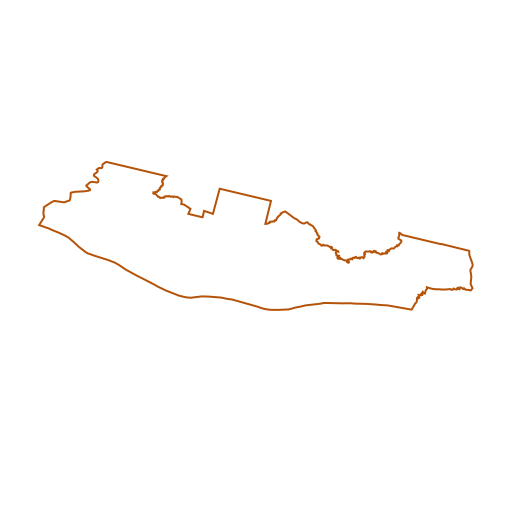 Wan Yai, Mukdahan, Thailand, rotated 104°
{"feature_id": "78962969B15109036384984", "entity_name": "Wan Yai", "entity_type": "district", "adm_level": 2, "iso_a3": "THA", "parent_name": "Thailand", "parent_adm1": "Mukdahan", "projection": "equal_earth", "projection_center": [104.712, 16.728], "detail": "fine", "context": "isolated", "style": "outline", "palette": "amber", "viewbox_px": 512, "rotation_deg": 104, "n_neighbors": 0, "source": "geoboundaries", "source_scale": "gbopen_adm2", "svg_char_len": 6080}
<svg xmlns="http://www.w3.org/2000/svg" viewBox="0 0 512 512"><g transform="rotate(104 256 256)"><path d="M278.5,473.9L279.4,463.6L280.1,460.3L281.0,453.7L282.2,447.2L283.5,442.3L286.7,436.0L290.1,429.8L293.5,422.1L294.1,419.9L294.8,412.9L295.7,398.4L296.6,391.3L298.1,386.1L300.8,378.7L303.6,368.1L307.9,349.5L309.5,343.7L311.3,334.9L313.1,321.0L313.1,317.0L313.0,313.5L312.3,309.2L308.3,298.8L306.8,291.8L304.8,279.9L304.5,272.9L304.0,269.1L304.8,242.2L305.2,238.5L305.3,234.7L305.0,231.0L304.4,227.4L302.7,220.7L299.9,211.3L296.4,205.1L294.3,200.5L291.9,195.9L286.8,182.2L285.1,178.7L281.2,161.5L279.0,152.9L278.2,148.1L275.9,138.0L274.2,128.6L273.4,123.2L272.1,116.4L270.4,92.0L263.4,90.0L262.0,89.0L259.4,89.2L258.6,89.6L257.8,89.6L257.6,89.4L257.8,89.0L257.8,88.4L257.4,88.2L257.1,88.4L257.2,87.6L256.9,87.4L254.4,88.8L254.3,87.8L254.0,87.3L254.2,86.4L253.7,86.1L253.8,85.5L253.7,85.3L253.3,85.3L252.9,86.2L252.5,86.4L252.3,86.2L252.5,85.8L252.3,85.5L251.6,85.9L250.4,85.5L251.0,84.7L251.6,84.4L251.7,83.2L251.5,82.9L250.3,83.1L248.0,82.9L246.5,82.1L245.0,82.6L245.0,81.9L245.2,79.2L245.2,76.5L244.8,73.7L244.1,70.8L243.5,67.3L242.4,63.1L241.1,59.5L241.1,58.9L241.5,58.1L241.5,57.7L240.9,56.9L239.8,56.4L240.2,54.6L240.0,53.6L240.0,53.2L239.8,52.9L238.8,53.0L238.7,52.2L239.0,51.0L239.0,50.5L238.5,50.5L237.7,51.6L237.0,49.9L237.1,48.8L237.7,47.7L237.9,46.5L237.8,46.1L237.1,46.1L237.9,44.6L237.8,43.2L237.4,41.0L237.6,39.7L237.4,39.3L235.0,38.1L234.7,38.2L232.3,40.3L231.1,41.0L223.8,42.1L218.2,44.5L216.9,44.4L213.8,43.5L212.8,43.5L211.3,44.0L203.7,49.0L201.8,49.8L199.7,50.2L199.4,51.0L199.5,79.2L199.8,79.4L200.2,118.8L200.2,119.2L199.1,121.2L198.9,122.6L202.2,121.9L203.3,122.3L204.3,122.3L204.7,122.0L205.0,121.4L205.8,118.8L206.7,118.5L208.0,118.7L209.9,119.9L211.2,120.1L211.3,120.3L211.4,121.6L212.4,121.3L213.0,122.6L213.3,123.0L215.3,124.0L215.6,124.5L215.7,126.2L216.0,126.7L217.7,128.1L219.1,128.2L219.1,128.8L218.4,129.4L218.5,129.8L220.0,129.8L220.4,130.7L220.8,130.9L221.1,130.6L221.0,129.4L221.3,129.3L221.7,129.4L222.1,130.1L222.7,132.9L222.7,134.2L223.1,134.3L223.3,133.6L223.5,133.6L224.3,135.4L224.2,136.1L223.6,137.6L223.7,139.0L223.6,140.1L222.4,141.0L222.5,141.3L223.3,141.5L223.3,141.8L222.5,141.9L222.4,142.1L222.4,142.6L222.9,143.2L223.9,143.3L224.6,144.1L224.6,145.5L224.4,145.6L223.9,145.5L223.8,146.8L224.7,148.3L224.8,149.6L225.1,150.1L225.1,150.9L227.0,151.8L227.2,151.7L227.2,151.1L227.9,150.6L228.8,151.3L229.1,151.3L229.8,150.6L230.4,150.5L230.8,150.6L231.4,151.3L232.1,151.2L232.1,151.5L231.7,151.9L231.5,152.3L231.6,153.4L232.2,154.2L233.2,154.4L233.4,154.7L233.3,155.2L232.7,155.8L233.4,156.8L233.4,157.2L233.4,157.9L232.7,158.8L232.8,159.4L234.0,159.9L234.1,160.1L234.2,161.4L234.4,161.7L235.9,161.7L236.0,162.1L235.6,162.7L235.6,163.4L236.4,163.8L237.2,165.7L237.6,165.6L239.6,164.2L240.0,164.4L240.2,165.2L240.1,165.7L239.7,166.3L238.3,167.1L238.8,168.6L238.7,170.0L238.1,172.5L238.5,173.5L238.5,174.2L238.3,174.2L237.6,173.4L237.3,173.8L237.3,174.7L237.4,175.1L238.6,175.2L238.8,175.7L238.6,176.2L238.3,176.5L237.4,176.6L236.0,175.5L235.7,175.5L235.9,176.5L235.7,177.3L236.0,177.7L236.0,178.1L234.3,178.8L233.5,179.5L232.5,179.3L232.1,179.0L231.9,178.3L232.1,177.3L232.0,177.1L231.8,177.2L231.5,177.7L231.4,178.9L230.8,180.3L230.9,180.7L231.2,181.3L231.3,181.9L231.6,182.4L231.5,182.7L230.8,183.5L230.5,184.9L229.9,184.9L229.3,184.4L229.0,184.7L228.9,185.5L229.3,186.4L229.3,186.8L228.6,189.0L228.6,189.9L229.2,191.6L228.9,193.5L229.6,193.6L230.1,195.1L229.6,195.6L229.2,196.3L228.8,198.4L227.4,199.7L227.1,200.8L226.8,201.1L226.2,200.9L225.2,201.2L223.8,199.2L222.9,199.4L222.4,199.0L222.0,199.1L221.7,199.3L221.7,199.7L221.3,200.2L220.9,201.1L220.4,201.4L220.1,201.8L219.2,201.9L219.0,202.4L217.8,203.5L217.5,204.2L216.7,204.0L213.3,208.0L213.1,208.5L212.6,210.4L212.3,211.0L212.4,211.6L212.0,212.7L210.9,214.2L211.2,215.2L212.6,216.7L212.9,217.4L213.0,218.1L212.9,219.5L212.7,220.6L211.8,223.2L210.9,224.5L210.7,225.0L210.0,228.2L205.7,238.3L206.9,240.3L207.8,241.2L208.5,241.5L208.7,242.3L209.3,242.1L210.6,242.7L212.4,244.1L213.6,244.4L214.0,244.8L214.8,244.8L215.7,245.2L216.4,245.2L216.8,246.3L217.5,246.2L218.0,246.5L218.2,246.9L218.1,247.7L218.8,248.5L219.2,250.5L219.6,250.9L220.1,250.6L220.5,250.7L221.0,251.9L221.7,252.3L222.2,253.8L222.6,254.2L222.6,254.7L198.9,254.8L199.5,307.5L225.5,308.0L224.8,317.3L231.3,317.2L231.4,317.7L231.5,331.8L226.1,331.0L223.7,337.8L223.5,338.3L223.7,341.1L221.2,341.3L219.2,342.1L217.7,346.6L218.1,348.9L218.1,349.8L218.3,350.5L218.7,350.6L218.4,351.3L218.8,352.1L218.8,352.6L219.1,352.9L218.9,353.7L219.1,354.3L218.8,354.8L219.0,355.1L219.3,355.2L219.6,356.2L219.4,357.1L220.1,358.1L220.4,359.0L221.3,358.9L221.5,359.9L222.0,360.1L221.9,360.5L222.0,361.1L222.4,361.4L222.5,362.3L222.9,362.9L222.8,363.1L222.5,363.1L222.5,363.6L222.3,363.8L222.4,364.2L222.2,364.6L222.3,365.1L221.9,365.3L221.9,365.7L221.2,366.8L220.6,367.6L220.2,368.4L220.2,368.9L219.9,369.7L220.3,370.2L220.2,370.8L219.1,370.9L219.2,369.7L218.4,369.4L218.0,368.4L217.8,368.2L217.8,367.5L217.2,367.2L216.9,367.3L216.4,366.6L215.8,366.7L215.5,366.5L215.2,365.7L214.7,365.4L213.6,365.9L213.3,365.5L212.2,365.2L211.9,364.7L211.4,365.0L210.8,364.7L210.0,363.5L208.9,364.0L208.0,363.8L207.2,364.8L206.6,364.7L206.0,365.3L205.0,365.3L204.7,364.5L203.9,364.3L203.3,364.7L202.9,363.9L201.5,363.4L200.2,362.3L200.9,423.6L201.2,424.4L204.0,426.8L205.2,427.0L206.7,426.6L207.5,426.6L208.3,427.6L208.4,429.4L210.6,431.4L211.3,430.4L211.8,430.2L212.4,430.2L214.0,431.1L215.4,432.6L216.2,432.8L217.1,432.8L217.5,432.5L218.4,430.0L219.1,428.6L219.8,427.7L220.4,427.3L221.3,427.1L222.6,427.2L223.1,427.8L223.7,432.8L224.1,434.0L225.0,435.1L228.7,437.7L229.3,437.3L231.5,433.2L232.1,433.0L232.5,433.2L233.5,435.1L234.8,438.3L237.4,446.8L239.1,450.6L239.5,450.9L239.9,451.1L242.4,450.4L246.3,450.1L247.2,450.3L250.2,455.0L250.4,455.5L251.3,464.7L251.5,465.3L253.6,467.7L259.6,473.3L260.4,473.6L263.3,472.9L265.1,472.9L266.3,472.4L267.7,472.0L268.7,471.2L270.1,471.1L278.5,473.9Z" fill="none" stroke="#b45309" stroke-width="2"/></g></svg>